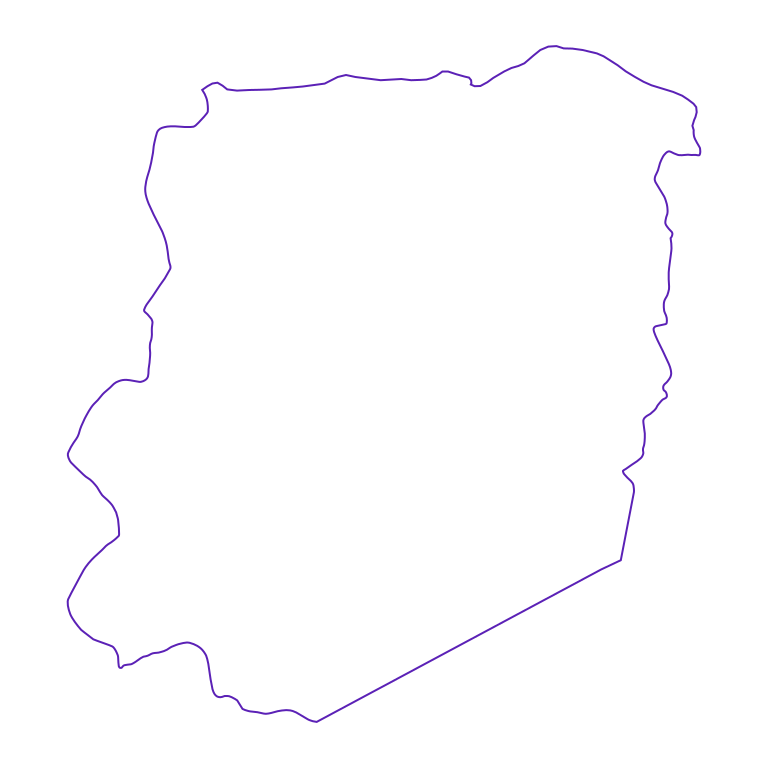 outline of San Antonio de Flores, Choluteca, Honduras
{"feature_id": "27666195B54922271453671", "entity_name": "San Antonio de Flores", "entity_type": "district", "adm_level": 2, "iso_a3": "HND", "parent_name": "Honduras", "parent_adm1": "Choluteca", "projection": "albers", "projection_center": [-87.34, 13.649], "detail": "fine", "context": "isolated", "style": "outline", "palette": "violet", "viewbox_px": 768, "rotation_deg": 0, "n_neighbors": 0, "source": "geoboundaries", "source_scale": "gbopen_adm2", "svg_char_len": 6015}
<svg xmlns="http://www.w3.org/2000/svg" viewBox="0 0 768 768"><path d="M601.1,569.5L620.8,560.2L633.9,492.3L634.0,490.8L633.9,488.8L633.5,485.6L633.2,484.5L632.7,483.3L630.9,481.0L627.3,477.6L624.4,474.4L623.7,473.5L623.3,472.4L623.0,471.6L623.0,470.9L623.7,470.2L625.9,468.9L631.7,464.8L637.1,461.2L640.5,458.4L641.5,457.4L642.2,456.3L642.9,454.8L643.3,453.4L643.3,452.4L643.0,450.4L643.0,448.9L643.2,447.9L644.0,445.4L644.3,443.8L644.6,441.3L644.8,437.6L644.8,433.5L643.4,422.7L643.3,420.7L643.6,419.5L644.3,418.2L645.6,416.9L646.9,415.9L650.3,413.9L654.4,410.3L656.0,408.4L657.5,405.6L658.4,404.4L660.8,401.5L662.0,400.2L662.8,399.5L663.8,399.0L665.2,398.3L665.9,397.9L666.6,397.0L666.9,396.3L666.8,394.5L666.1,392.5L665.4,391.5L663.9,390.3L663.5,389.6L663.2,388.3L663.2,386.9L663.5,385.8L664.1,384.8L665.0,383.8L666.5,382.5L667.7,381.1L669.5,378.6L670.4,377.0L670.9,375.5L671.2,373.8L671.1,372.0L670.8,370.0L670.0,367.0L668.9,364.1L663.0,351.4L657.5,340.2L655.5,335.7L654.1,332.0L653.7,330.3L653.6,329.2L653.7,328.4L654.2,327.5L654.9,326.8L655.5,326.4L656.5,326.1L665.6,324.1L666.4,323.6L666.7,322.8L666.9,320.5L666.7,317.9L666.0,315.4L664.8,312.7L664.2,311.0L663.8,307.4L663.8,304.2L664.0,302.3L664.5,300.5L665.2,299.0L666.7,296.4L667.4,295.0L668.3,292.1L669.0,289.2L669.1,286.5L668.7,279.3L668.7,272.5L669.1,267.9L671.3,251.0L671.5,248.4L671.3,243.5L670.6,238.2L671.3,237.3L671.9,236.1L672.3,234.8L672.4,233.7L672.2,232.8L671.8,232.0L668.8,228.8L667.0,226.5L665.9,224.8L665.4,223.4L665.3,222.2L665.5,220.5L666.2,217.2L667.3,214.0L667.5,212.6L667.6,211.2L667.5,209.2L667.3,206.9L666.8,204.1L665.8,200.7L665.0,198.4L664.2,196.6L655.5,182.2L654.9,180.5L654.7,179.3L654.8,178.2L655.0,177.0L655.5,175.6L657.1,172.3L658.0,170.2L660.0,163.1L661.5,159.5L663.1,156.4L664.0,155.1L665.9,153.0L667.3,151.9L668.6,151.4L669.6,151.4L671.0,151.9L674.0,153.4L677.9,154.9L678.9,155.1L681.8,155.2L688.0,154.7L691.3,155.0L695.4,154.9L698.3,155.3L699.2,155.2L699.7,154.7L700.1,153.4L700.3,151.9L700.2,150.1L700.0,148.2L699.5,147.1L697.0,142.8L695.2,139.4L694.4,137.5L694.0,136.1L693.7,134.0L693.6,131.9L693.7,130.1L692.4,125.8L694.1,120.1L695.5,116.9L696.7,112.2L696.2,107.1L693.5,103.7L688.1,99.6L682.2,95.7L673.1,91.9L651.5,85.3L643.6,81.8L634.9,76.9L625.7,71.3L617.6,65.2L603.6,56.3L596.9,53.4L582.6,50.0L572.3,48.6L563.7,48.4L556.5,46.1L548.3,46.6L540.3,50.0L533.5,55.5L524.4,63.3L518.3,66.0L511.4,68.0L504.3,71.4L493.3,77.9L487.4,82.2L480.4,86.0L474.6,86.2L470.8,84.5L471.4,83.2L471.1,80.2L469.0,77.6L464.7,76.6L456.5,74.3L448.0,71.5L442.4,71.5L439.7,73.5L436.3,75.8L431.7,77.9L426.5,79.5L420.3,79.9L411.2,80.2L401.3,79.0L380.7,80.2L355.4,77.0L346.0,75.0L337.7,77.0L324.7,83.6L302.9,86.5L293.0,87.4L281.0,88.3L271.7,89.4L259.3,89.8L249.2,90.0L237.0,90.6L227.2,89.4L222.6,85.7L217.5,82.7L212.4,83.5L207.5,86.2L202.2,89.9L203.5,92.0L204.7,94.0L206.2,97.6L206.8,99.4L207.4,102.3L207.8,106.0L207.9,108.9L207.8,111.4L207.5,112.3L206.8,113.4L203.9,116.9L198.7,122.5L195.7,125.4L194.7,126.1L193.5,126.7L190.5,127.0L184.7,127.0L174.7,126.3L171.2,126.3L167.3,126.6L164.6,127.1L162.1,127.8L160.2,128.7L158.6,130.0L157.5,131.4L156.9,132.8L155.7,137.0L154.3,143.1L153.7,146.3L153.0,152.7L151.2,162.4L149.5,169.6L147.2,177.2L146.2,181.2L145.3,187.1L145.2,189.2L145.3,191.5L145.7,194.4L146.5,197.6L147.5,200.7L148.6,203.6L153.7,214.7L161.9,230.8L162.7,232.6L164.7,238.1L165.8,241.7L166.7,245.4L167.7,251.6L168.6,259.0L169.4,262.7L170.4,266.0L170.5,267.2L170.4,268.3L170.0,269.3L164.8,278.4L160.1,285.0L152.4,296.6L146.6,304.6L145.2,307.1L144.1,309.8L144.1,310.4L144.2,311.0L144.8,311.9L147.5,314.3L151.3,318.8L152.1,320.5L152.5,322.1L152.4,323.6L151.9,327.5L151.8,329.8L151.9,334.7L151.7,337.1L151.3,339.4L150.2,342.9L149.9,345.1L149.8,347.9L150.2,352.9L150.1,355.9L149.5,362.8L148.6,369.1L148.4,373.7L148.0,376.4L147.6,377.4L147.0,378.4L146.3,379.2L145.3,380.0L144.3,380.6L143.1,381.2L140.7,381.9L139.5,381.9L129.7,380.2L126.9,379.9L124.3,379.9L122.4,380.1L120.7,380.5L118.9,381.1L116.3,382.2L114.1,383.7L113.1,384.6L110.2,387.5L104.2,392.7L102.6,394.3L97.7,400.2L94.1,403.8L92.6,405.5L91.2,407.4L88.7,411.3L86.4,415.4L84.7,418.6L81.3,426.1L80.1,429.3L78.8,433.8L77.7,436.5L76.4,438.7L73.6,442.7L70.9,447.1L68.4,452.2L67.9,453.7L67.9,455.5L68.5,457.9L69.9,460.9L71.1,462.6L75.1,466.6L83.3,474.5L85.7,476.6L90.1,479.6L92.7,482.0L95.1,484.7L96.9,486.9L97.8,488.3L100.2,492.3L102.1,495.1L103.6,496.6L107.5,500.1L109.7,502.3L111.2,504.0L112.3,505.4L113.8,507.9L115.6,511.4L116.1,512.3L117.0,515.5L117.8,518.4L118.1,520.0L118.9,528.2L119.1,534.2L119.0,535.2L118.7,535.9L116.0,538.5L114.1,540.1L111.2,542.3L107.9,544.4L105.9,546.0L102.1,549.9L94.6,556.8L91.8,559.6L88.5,563.3L85.6,567.1L83.7,570.0L79.7,577.3L71.5,592.6L68.2,599.2L67.9,600.2L67.7,601.5L67.8,603.9L67.9,605.7L68.8,609.8L70.2,614.0L70.9,615.6L72.3,618.1L74.8,621.9L78.0,626.1L81.1,629.8L84.2,632.3L93.3,639.3L96.9,640.7L109.1,645.1L112.4,646.5L113.4,647.3L114.5,648.7L115.8,650.8L116.8,652.9L117.8,655.3L118.1,656.8L118.4,662.6L118.8,666.2L119.1,666.9L119.5,667.5L120.2,667.9L120.6,667.9L121.2,667.9L121.8,667.6L123.0,666.1L123.8,665.5L124.5,665.2L127.4,664.7L130.8,664.3L131.5,664.1L132.6,663.6L135.0,662.2L140.7,658.2L143.4,656.7L146.0,656.2L147.7,655.7L149.2,655.0L151.2,653.9L152.8,653.3L154.5,653.0L156.8,652.8L158.6,652.6L161.6,651.8L163.9,651.1L167.0,649.7L170.0,647.7L171.6,646.8L176.1,645.0L178.4,644.2L183.3,643.0L187.0,642.5L188.2,642.6L189.6,642.8L193.6,644.1L197.3,645.9L199.4,647.3L200.9,648.5L202.3,649.9L203.9,651.9L205.2,653.9L206.1,655.5L207.2,658.9L208.3,663.8L210.6,679.4L212.5,689.2L213.4,691.8L214.4,693.8L215.5,695.2L216.8,696.3L218.2,696.9L219.3,697.1L220.3,697.2L222.1,696.9L224.7,696.0L227.4,696.0L229.1,696.2L231.7,697.2L234.9,698.9L237.2,700.4L242.5,708.9L245.0,710.0L248.3,711.0L250.2,711.4L257.4,712.2L263.8,713.6L265.9,713.8L268.6,713.5L271.4,712.9L277.7,711.2L281.9,710.5L286.3,710.1L290.2,710.4L292.7,711.0L296.3,712.5L307.8,719.3L309.0,719.9L310.6,720.5L312.8,721.2L316.7,721.9L601.1,569.5Z" fill="none" stroke="#5b21b6" stroke-width="2"/></svg>